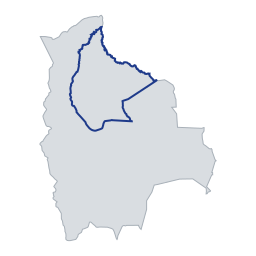 location of El Beni within Bolivia
{"feature_id": "BOL-1293", "entity_name": "El Beni", "entity_type": "Department", "adm_level": 1, "iso_a3": "BOL", "parent_name": "Bolivia", "parent_adm1": "", "projection": "natural_earth1", "projection_center": [-65.092, -13.43], "detail": "fine", "context": "in_parent", "style": "outline", "palette": "blue", "viewbox_px": 256, "rotation_deg": 0, "n_neighbors": 0, "source": "natural_earth", "source_scale": "10m", "svg_char_len": 8650}
<svg xmlns="http://www.w3.org/2000/svg" viewBox="0 0 256 256"><path d="M42.1,150.4L41.7,146.5L41.1,145.5L40.2,144.8L39.9,144.1L40.2,143.2L41.9,141.6L42.9,141.3L43.1,140.5L46.3,135.8L47.3,134.9L48.4,134.2L48.9,133.7L48.6,132.0L48.7,130.8L49.1,130.1L51.3,128.8L51.5,128.5L51.4,128.1L50.4,127.2L48.5,126.4L47.2,126.5L46.0,125.3L43.4,118.2L43.0,116.6L43.0,115.9L44.7,112.5L46.6,109.7L46.4,109.0L44.3,106.3L43.6,105.0L43.8,102.1L45.0,101.3L45.6,98.7L46.1,98.3L47.3,96.6L48.8,95.0L48.9,93.1L49.4,92.6L50.8,91.9L50.9,91.5L50.6,90.2L49.9,88.8L49.4,88.1L48.6,84.8L47.9,83.1L48.7,81.6L49.2,80.0L49.4,78.0L49.2,69.4L50.8,67.3L51.7,66.9L52.4,66.1L52.4,64.8L53.5,63.0L40.3,36.5L45.4,36.6L51.0,37.5L52.0,38.1L52.2,39.0L52.8,39.4L54.3,39.2L58.9,36.9L59.5,36.2L61.1,33.7L62.4,32.3L63.5,31.8L65.8,31.6L66.6,32.0L67.5,31.9L68.3,30.5L69.5,28.9L71.9,26.9L73.2,26.4L73.9,25.7L75.3,25.6L76.4,24.9L82.0,19.9L84.3,18.6L86.8,18.0L88.8,17.3L93.8,16.6L97.0,16.3L98.0,17.0L99.2,16.8L100.1,15.7L101.0,15.4L101.5,15.4L102.4,16.7L102.8,18.1L102.5,19.2L102.6,20.8L103.0,22.8L102.8,24.6L101.0,28.0L100.8,29.0L100.9,30.3L101.5,32.5L102.5,35.5L102.6,37.8L101.9,39.2L101.6,40.5L101.6,41.6L101.9,42.3L102.3,42.7L102.6,43.6L102.6,44.8L103.2,46.1L104.3,47.3L104.8,48.4L104.6,49.5L104.6,50.1L105.0,50.4L105.7,49.9L106.0,50.0L106.8,51.5L107.3,53.0L107.5,54.0L109.8,54.9L113.0,57.9L114.5,58.7L115.8,61.9L118.2,62.7L122.9,63.5L125.1,62.4L126.5,62.6L128.0,63.3L131.5,66.0L132.9,66.5L133.9,65.8L134.9,65.5L135.6,65.8L136.3,68.2L139.0,70.7L140.0,71.4L141.1,71.4L146.0,73.7L147.3,73.9L148.6,73.8L149.4,74.2L149.8,75.6L152.0,78.4L153.0,79.5L154.2,80.5L157.3,80.4L158.3,80.7L164.6,79.8L167.0,81.1L172.9,85.0L174.1,87.5L174.4,88.9L174.0,90.3L173.5,90.8L173.3,91.7L173.5,93.0L174.5,94.2L175.3,98.3L175.9,99.1L176.2,107.1L171.7,107.3L172.4,108.1L176.6,113.8L177.5,127.3L201.3,128.3L201.9,128.3L203.7,127.6L204.1,127.6L204.0,131.1L202.2,133.8L202.1,134.7L202.3,138.3L202.9,141.2L203.2,143.8L203.9,144.6L206.0,146.0L209.1,148.6L210.3,148.9L211.4,148.6L212.0,149.6L212.1,151.3L214.8,159.0L215.3,160.0L216.1,160.6L215.9,161.0L215.3,161.1L215.0,161.7L211.8,172.5L212.6,172.6L212.7,174.8L211.8,174.9L211.5,175.4L206.6,186.7L210.5,190.8L210.1,191.5L208.1,192.1L207.1,193.7L206.1,193.9L206.4,191.1L206.2,188.6L205.9,188.0L192.8,178.9L179.6,179.1L157.8,184.4L154.2,185.1L151.9,192.1L146.6,200.7L146.6,209.4L141.1,229.4L139.8,228.1L138.8,226.2L138.5,225.3L138.4,225.3L126.4,225.4L125.8,225.8L124.9,225.8L124.3,225.5L123.7,225.5L122.8,225.9L122.1,226.6L117.9,235.7L117.3,239.0L117.0,239.5L116.3,238.4L114.2,231.7L113.0,229.3L111.6,228.5L107.4,227.2L99.9,227.0L97.5,227.3L96.2,227.1L95.0,225.7L92.1,223.3L91.5,222.5L90.4,222.0L89.8,222.0L89.4,222.5L88.3,226.3L87.7,227.3L83.8,228.9L82.7,229.1L82.2,230.0L81.9,231.2L81.4,232.4L78.7,234.1L78.1,234.8L77.8,236.5L75.8,239.4L70.3,240.6L68.4,240.6L67.2,240.4L66.0,239.5L65.8,237.9L66.0,236.2L65.9,233.8L64.9,231.1L65.0,230.2L64.8,228.9L64.3,226.3L63.1,225.1L62.5,221.1L61.4,218.8L61.3,213.4L57.8,207.4L56.4,206.9L56.0,206.6L55.9,205.7L55.9,203.4L57.1,201.9L53.3,199.0L53.0,198.2L53.1,197.6L54.1,196.4L53.4,195.0L53.5,193.7L53.0,193.1L53.1,192.7L53.5,192.3L55.3,191.9L55.9,190.6L55.9,189.4L55.6,188.7L53.9,186.7L53.9,186.3L57.3,181.4L57.1,181.0L56.8,180.5L55.0,179.1L52.9,176.8L51.5,175.6L50.4,174.4L49.9,173.5L49.7,170.8L49.0,168.1L48.0,161.7L47.2,159.4L48.0,158.1L48.0,157.8L44.8,155.9L44.1,153.0L42.1,150.4Z" fill="#d9dde1" stroke="#a8b0b8" stroke-width="1"/><path d="M101.6,27.0L101.3,28.0L101.1,28.2L100.8,28.3L101.0,28.8L100.9,29.1L100.9,29.3L101.1,29.9L101.0,31.0L101.2,31.3L101.5,31.5L101.8,32.2L101.6,33.2L101.4,33.9L101.5,34.2L102.1,34.3L102.3,34.5L102.6,34.8L102.7,35.1L102.8,36.5L103.0,36.8L103.0,37.0L102.9,37.2L102.6,37.5L102.3,37.9L102.3,38.2L102.5,38.9L102.4,39.2L101.8,39.7L101.6,40.0L101.5,40.4L101.7,40.7L102.0,40.9L102.1,41.1L102.0,41.3L101.7,41.7L101.7,42.1L101.9,42.4L102.6,42.9L102.5,43.2L102.2,43.7L102.2,43.9L102.7,45.5L103.1,46.0L103.6,45.8L104.1,46.2L104.2,46.4L104.2,46.6L104.1,46.9L104.1,47.3L104.5,47.5L104.8,47.7L104.9,47.9L104.6,48.0L104.6,48.6L104.4,49.2L104.4,49.8L104.5,50.0L104.9,50.5L105.1,50.5L105.3,50.4L105.4,49.3L105.5,49.2L105.7,49.3L105.7,49.7L105.9,49.9L106.4,50.2L106.5,50.8L106.8,51.3L106.8,52.0L106.9,52.4L106.9,52.5L107.3,52.7L107.4,52.9L107.4,53.1L107.1,53.6L107.1,53.9L107.2,54.1L107.4,54.4L107.8,54.6L108.4,54.6L109.4,54.8L109.7,54.7L110.4,55.0L110.6,55.6L110.7,55.9L111.2,56.5L111.2,56.9L111.3,57.0L111.5,56.9L111.6,56.3L111.6,56.2L111.9,56.2L112.0,56.6L111.9,57.0L112.2,57.5L113.3,58.1L114.0,58.2L114.2,58.4L114.5,58.6L114.5,58.4L114.8,58.5L115.1,58.7L115.1,59.1L115.0,59.8L114.8,60.5L114.8,60.8L115.4,61.1L115.8,61.8L116.2,62.2L116.5,62.4L116.8,62.4L117.4,62.3L117.6,62.4L117.8,62.9L118.0,62.9L118.5,62.5L118.8,62.5L119.1,62.6L119.3,62.7L119.7,63.2L119.8,63.3L120.2,62.8L120.4,63.1L121.3,63.1L121.6,63.6L121.9,63.6L122.4,63.4L122.6,63.4L122.9,63.7L123.1,63.7L123.3,63.5L124.0,62.5L124.0,62.4L124.9,62.2L127.0,62.5L127.8,63.1L128.4,63.6L128.7,63.8L129.3,63.9L129.5,63.9L129.7,64.2L129.8,64.7L130.2,65.0L130.3,65.3L130.8,65.8L131.3,65.9L131.7,66.3L131.9,66.4L133.0,66.4L133.3,66.1L133.6,65.8L133.9,65.8L134.1,65.5L134.6,65.2L135.5,65.6L135.6,65.8L135.7,66.4L135.9,66.7L135.8,66.9L135.8,67.1L136.4,67.7L136.4,67.9L136.5,68.2L136.6,68.6L136.7,68.8L136.9,69.0L137.2,69.0L137.6,68.9L137.7,69.1L138.5,70.4L138.6,70.5L139.0,70.5L139.2,71.1L139.4,71.3L139.6,71.5L139.9,71.7L139.9,71.3L140.1,71.2L140.6,71.2L141.0,70.9L141.4,71.1L141.7,71.4L141.7,71.9L141.8,72.0L143.1,72.6L144.0,72.6L144.3,72.6L144.5,72.8L144.9,73.4L144.9,73.6L145.2,73.6L145.6,73.9L146.3,74.0L146.5,73.9L146.9,73.9L147.2,73.8L147.4,73.7L148.1,73.5L148.6,73.9L148.6,73.5L148.8,73.5L149.1,74.0L149.3,74.1L149.5,74.0L149.5,75.4L149.6,75.7L149.7,76.0L150.0,76.2L150.7,77.0L150.9,77.2L151.1,77.6L151.8,78.1L152.5,78.9L153.0,79.3L153.4,80.5L153.5,80.7L153.9,80.8L154.7,80.5L155.0,80.7L155.3,80.5L156.0,80.2L157.1,80.1L128.2,99.1L123.1,100.8L122.5,101.1L122.8,102.8L122.8,104.7L122.9,105.6L122.9,106.1L122.6,107.1L122.8,107.9L122.9,108.2L123.4,109.0L123.9,110.7L125.4,113.4L125.7,113.7L126.3,114.0L126.4,114.3L126.5,114.5L126.6,115.3L126.7,115.5L127.4,116.3L127.5,116.5L127.9,116.5L128.0,116.6L128.5,117.0L129.2,117.5L129.5,117.8L129.6,118.2L130.0,118.9L130.1,119.7L130.2,120.0L130.3,120.3L130.8,120.9L131.5,121.1L131.8,121.2L131.8,121.3L112.3,120.2L112.1,120.1L111.9,120.0L110.5,120.4L105.0,121.1L104.5,121.5L103.8,122.8L103.4,123.9L103.3,124.2L103.3,124.7L102.5,127.5L102.3,128.0L102.1,128.3L100.7,129.0L95.6,130.7L95.2,130.7L94.5,130.7L92.9,130.3L91.8,129.9L91.1,129.5L89.6,128.4L89.3,128.1L86.9,125.2L86.1,124.0L85.6,122.6L85.5,122.2L80.8,116.9L77.9,113.8L77.5,113.2L77.4,113.0L76.8,112.6L76.7,112.5L76.6,112.3L76.5,111.9L76.6,111.0L76.5,110.6L75.6,108.5L75.2,107.8L74.7,107.1L74.3,106.3L73.9,105.9L73.6,105.9L73.3,105.9L72.9,105.8L72.3,105.4L72.1,105.1L71.9,104.5L71.9,103.9L72.1,102.5L72.0,101.8L72.0,101.4L71.8,101.2L71.1,100.4L70.8,100.0L70.4,98.8L70.5,98.5L70.9,98.0L71.1,97.6L71.1,97.3L71.0,97.0L70.8,96.7L70.5,96.3L70.4,96.1L70.4,95.7L70.2,95.5L70.0,94.9L69.9,94.2L70.0,93.9L70.1,93.7L70.6,93.5L70.8,93.2L70.7,92.1L70.7,91.1L70.5,89.6L70.4,88.8L70.4,88.5L70.7,86.5L71.1,85.8L71.2,85.4L71.0,85.0L71.0,84.6L71.3,83.6L71.9,83.0L72.2,82.5L72.8,81.6L72.9,81.3L72.9,80.9L72.6,80.5L72.4,78.9L72.4,78.4L72.6,77.8L73.2,76.7L73.4,76.4L73.9,75.9L75.1,74.3L75.3,73.7L75.8,73.3L76.4,72.1L76.6,71.9L76.9,71.8L77.2,71.8L77.4,71.8L78.1,69.8L78.9,65.9L78.9,65.4L78.6,64.3L79.2,63.4L79.2,63.1L79.1,62.8L79.0,62.6L79.0,61.6L79.1,61.2L79.5,60.2L79.3,59.3L79.4,59.0L79.7,58.2L79.7,57.8L79.6,57.4L79.6,57.0L79.8,56.2L79.9,55.5L79.8,54.7L79.6,53.8L79.3,53.2L79.1,52.9L78.8,52.9L78.7,52.9L78.5,52.6L78.5,52.2L78.5,51.8L78.8,51.8L79.0,51.8L79.3,51.7L79.7,51.3L79.9,50.9L79.8,50.7L79.5,50.2L79.5,49.9L80.5,49.8L81.1,49.1L81.3,49.0L81.8,49.0L82.1,48.9L82.3,48.5L82.3,48.1L82.2,47.3L82.3,47.0L82.6,46.5L82.7,46.2L82.6,45.8L82.6,45.4L82.8,45.0L83.1,44.9L84.5,44.8L85.4,44.9L85.8,44.8L86.6,44.2L87.6,44.1L88.1,43.9L88.2,43.2L89.0,43.0L89.2,42.7L88.9,42.3L88.8,42.1L88.8,41.7L89.0,41.4L89.5,40.6L89.6,40.3L89.5,39.4L89.5,39.0L90.2,39.1L90.6,38.7L90.6,38.2L90.6,37.6L90.8,37.0L90.9,36.8L91.2,37.0L91.4,36.8L91.6,36.5L91.7,35.8L92.0,35.1L91.9,34.8L91.5,34.9L91.3,34.9L91.1,34.7L91.6,34.5L92.2,33.9L92.5,33.8L93.1,33.9L93.7,34.1L94.2,34.1L94.4,33.7L94.4,33.3L94.2,33.0L94.0,32.8L93.7,32.7L93.6,32.3L93.9,31.9L94.0,31.8L94.4,32.1L94.6,32.5L94.8,32.6L95.2,32.5L95.8,32.3L96.2,32.0L96.3,31.7L96.3,30.9L96.2,30.2L96.2,29.9L96.5,29.8L97.5,30.0L97.8,29.9L98.4,29.3L99.6,28.6L99.8,28.5L99.8,28.1L100.1,27.7L100.6,27.2L100.8,27.1L101.6,27.0Z" fill="none" stroke="#1e3a8a" stroke-width="2"/></svg>